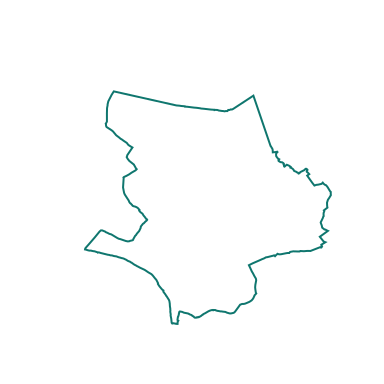 the district of Miclesti, Vaslui, Romania, rotated 151°
{"feature_id": "2599482B22434566679627", "entity_name": "Miclesti", "entity_type": "district", "adm_level": 2, "iso_a3": "ROU", "parent_name": "Romania", "parent_adm1": "Vaslui", "projection": "natural_earth1", "projection_center": [27.843, 46.821], "detail": "fine", "context": "isolated", "style": "outline", "palette": "teal", "viewbox_px": 384, "rotation_deg": 151, "n_neighbors": 0, "source": "geoboundaries", "source_scale": "gbopen_adm2", "svg_char_len": 5775}
<svg xmlns="http://www.w3.org/2000/svg" viewBox="0 0 384 384"><g transform="rotate(151 192 192)"><path d="M211.6,317.9L215.1,316.0L221.2,311.9L223.4,309.5L223.6,309.0L225.6,306.6L228.2,302.2L232.0,295.3L232.3,294.8L233.8,293.8L234.3,293.6L234.4,293.0L235.1,291.5L235.2,290.2L232.4,285.0L231.7,283.2L230.8,278.4L229.3,275.0L228.7,273.3L227.8,271.8L227.0,270.0L225.4,266.9L225.1,266.0L225.0,264.6L224.5,263.3L223.4,261.3L222.5,259.8L230.9,255.5L231.4,254.8L232.2,254.2L232.2,252.3L231.8,249.7L231.2,248.2L229.5,244.1L229.6,243.3L229.5,242.0L229.6,240.2L229.4,239.3L229.3,238.8L229.8,238.6L231.0,238.3L235.6,238.2L238.3,237.9L241.5,237.9L244.2,238.1L244.9,237.9L244.9,237.5L250.1,229.4L251.0,226.7L251.8,224.2L252.0,222.5L251.8,219.3L251.5,215.3L251.7,213.4L251.5,212.1L251.1,211.5L251.0,210.6L250.7,209.9L250.7,209.3L250.6,208.7L249.9,207.8L248.7,206.7L247.8,205.5L247.1,204.1L246.6,201.7L247.2,201.4L247.1,200.3L246.8,199.2L246.2,197.9L245.8,196.9L245.8,195.1L245.3,192.5L245.2,190.9L244.7,190.1L244.7,189.4L245.6,189.0L247.2,188.7L249.3,188.0L250.3,188.0L251.6,187.4L252.7,187.0L253.7,186.4L254.3,185.5L257.1,183.5L260.4,182.3L261.8,181.5L263.0,181.2L266.1,179.3L266.7,178.7L267.4,178.6L269.9,179.3L271.0,179.4L272.2,180.0L273.6,181.2L277.5,185.5L278.7,186.6L279.6,187.9L283.1,194.0L284.6,195.5L285.7,197.2L286.9,198.7L287.1,199.4L289.2,202.0L290.3,202.6L292.1,202.2L299.1,199.4L306.7,196.6L312.3,194.6L312.8,194.3L313.4,193.6L312.7,193.0L311.4,191.6L310.2,190.5L308.7,189.7L308.5,189.4L307.0,188.1L306.0,187.4L303.8,185.0L303.8,184.7L303.0,184.5L302.2,183.8L301.6,183.1L296.0,177.9L294.9,177.1L294.1,176.2L292.7,175.3L291.3,173.8L289.3,172.3L287.9,170.6L286.6,169.4L285.7,168.4L284.6,167.5L283.8,166.6L283.0,165.4L282.3,164.5L281.8,163.4L281.3,162.6L280.0,161.1L279.6,160.1L279.0,159.4L278.9,159.0L277.6,156.3L276.6,154.9L276.1,153.9L275.5,153.1L274.1,150.9L271.4,147.2L270.8,146.2L269.2,143.0L267.3,139.8L266.8,138.0L266.2,134.3L265.8,132.6L265.9,128.6L266.4,128.2L266.4,127.8L266.2,125.3L265.5,121.6L265.2,120.6L264.7,119.8L264.7,119.6L265.3,118.9L265.4,118.7L264.9,115.1L264.9,113.5L264.7,113.0L264.7,112.3L264.5,108.7L264.7,107.5L265.5,105.3L266.7,102.8L267.5,100.6L267.9,99.9L268.2,99.1L269.1,97.7L269.9,95.4L270.6,94.3L271.6,91.2L273.1,87.7L273.2,87.3L273.1,86.6L272.8,86.4L272.1,86.4L271.5,85.8L270.7,85.3L270.2,84.7L269.9,84.5L269.7,84.5L269.3,84.0L268.6,83.6L267.8,84.9L267.5,85.3L267.2,85.5L267.1,85.9L266.9,86.0L266.4,86.1L266.7,87.2L265.1,89.3L264.8,89.5L264.6,89.8L264.3,89.9L263.4,90.8L262.9,91.2L262.6,91.8L262.3,92.0L261.8,92.7L261.2,93.3L260.9,93.4L260.5,93.4L260.2,93.1L258.8,92.0L258.4,91.5L258.1,91.1L257.9,90.8L257.6,90.4L254.3,87.6L254.1,87.2L253.9,87.1L253.1,85.7L252.0,84.6L251.9,84.2L251.9,83.9L251.5,83.0L251.1,82.7L250.9,82.2L250.9,81.9L250.7,81.1L250.4,80.7L250.2,80.5L249.9,80.4L249.3,80.2L249.2,80.1L248.9,80.1L248.8,79.9L248.6,79.8L248.3,80.0L247.8,79.7L247.5,79.7L247.3,79.5L247.1,79.5L246.9,79.3L246.6,79.4L246.4,79.2L244.3,79.2L243.2,79.4L242.7,79.5L242.3,79.4L242.2,79.5L241.2,79.7L239.5,79.6L235.5,79.7L234.0,79.6L233.1,79.4L232.4,79.3L231.3,78.9L231.0,78.4L230.9,78.3L230.4,78.4L228.8,77.4L228.7,77.1L228.3,76.7L227.5,75.8L226.8,75.3L225.0,73.8L224.0,73.2L223.0,72.4L220.9,70.9L220.0,69.6L218.1,67.7L217.6,67.3L216.5,66.8L214.1,66.1L212.9,66.3L212.3,66.5L207.3,68.8L205.2,69.8L204.5,70.1L202.5,69.8L201.0,69.0L199.6,68.6L198.0,68.4L195.0,68.1L192.4,68.3L190.8,68.9L190.0,69.3L189.3,69.8L187.9,70.8L187.6,71.2L186.8,71.5L185.0,72.1L185.0,72.6L184.9,73.2L183.8,76.1L183.0,78.0L181.6,80.1L178.7,83.6L178.2,84.9L178.1,85.5L178.2,87.9L178.1,91.7L178.2,93.4L177.9,97.2L177.7,100.4L173.5,100.2L166.1,99.5L163.7,99.3L163.3,99.3L161.4,99.0L159.0,99.0L157.7,98.5L151.3,96.8L150.9,96.8L150.5,95.6L148.9,96.1L147.7,96.3L147.2,96.5L146.3,95.5L145.6,95.0L144.3,94.4L139.3,92.8L138.0,92.3L136.5,91.5L135.9,91.8L135.2,92.0L134.5,91.8L132.2,91.0L127.3,88.1L126.6,87.8L126.2,87.8L125.9,87.9L123.7,86.5L122.7,85.9L120.0,84.7L117.0,83.0L106.6,81.6L106.1,80.8L105.9,80.8L105.5,80.8L105.2,81.0L105.0,81.4L104.6,81.5L104.6,82.9L104.5,83.2L99.7,83.4L100.3,84.1L100.9,85.0L101.9,90.9L92.0,92.1L93.0,93.5L93.4,94.3L94.3,95.0L95.4,97.7L94.7,100.0L94.4,102.2L94.2,103.0L91.5,104.9L90.1,105.9L89.3,106.7L88.6,107.0L88.4,107.2L88.3,107.7L87.1,109.8L85.6,111.1L85.4,111.5L85.5,112.0L81.1,112.7L80.7,114.0L79.1,117.2L76.9,119.3L74.7,120.4L72.1,121.9L71.1,124.0L70.6,124.7L70.9,126.1L71.0,129.7L71.1,131.1L71.5,133.0L72.2,133.8L72.5,134.4L72.9,135.5L73.1,136.8L74.7,136.3L77.9,137.2L79.9,138.0L81.8,138.3L82.3,141.4L82.8,145.7L83.3,150.5L80.8,150.8L81.4,153.2L81.7,153.7L81.8,154.2L81.0,155.1L80.3,155.3L80.2,155.5L80.5,156.4L80.9,157.0L81.4,157.2L83.3,156.7L87.6,156.9L88.5,156.5L89.1,156.4L89.2,156.6L89.6,156.6L89.9,156.6L90.0,157.5L90.7,158.3L90.8,158.7L91.3,159.5L91.9,160.2L92.5,161.1L92.4,162.1L92.5,162.7L92.8,163.7L93.1,164.3L94.0,165.5L93.5,165.7L93.4,165.9L93.9,167.0L94.4,168.0L95.9,169.9L97.2,169.7L98.2,169.4L98.9,169.4L99.0,169.7L98.8,170.6L98.3,171.4L98.3,171.6L98.4,171.9L98.0,172.1L98.1,173.0L98.8,174.3L99.9,175.0L100.3,175.5L101.1,176.9L101.2,177.3L101.0,177.8L100.5,177.9L100.2,178.3L99.9,178.4L100.6,179.5L101.0,182.1L101.0,182.4L100.6,183.4L100.0,184.5L99.5,185.0L97.9,185.5L98.0,186.0L98.8,186.1L102.1,187.5L101.0,189.8L100.7,191.3L100.9,192.0L100.8,193.6L101.0,194.1L91.6,246.5L115.8,244.7L117.2,244.8L117.9,245.4L119.6,245.6L120.5,246.2L121.8,245.6L123.4,246.5L124.3,246.7L125.5,247.7L126.6,248.4L127.5,249.1L128.8,250.1L129.1,250.3L129.7,251.1L130.3,251.6L132.1,252.7L132.7,252.8L132.7,253.2L133.9,253.9L135.6,255.0L141.2,259.0L143.6,260.6L144.2,261.2L147.0,263.3L149.4,264.9L154.9,268.9L156.8,270.1L156.7,270.4L157.1,270.7L159.8,272.5L160.9,273.4L162.2,274.3L163.6,275.2L211.6,317.9Z" fill="none" stroke="#0f766e" stroke-width="2"/></g></svg>